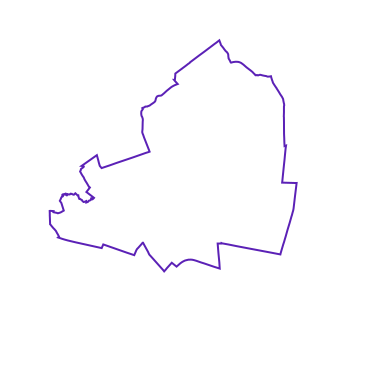 Brazi, Prahova, Romania, rotated 142°
{"feature_id": "2599482B36068226507854", "entity_name": "Brazi", "entity_type": "district", "adm_level": 2, "iso_a3": "ROU", "parent_name": "Romania", "parent_adm1": "Prahova", "projection": "equal_earth", "projection_center": [26.003, 44.867], "detail": "fine", "context": "isolated", "style": "outline", "palette": "violet", "viewbox_px": 384, "rotation_deg": 142, "n_neighbors": 0, "source": "geoboundaries", "source_scale": "gbopen_adm2", "svg_char_len": 5682}
<svg xmlns="http://www.w3.org/2000/svg" viewBox="0 0 384 384"><g transform="rotate(142 192 192)"><path d="M179.5,288.7L179.5,288.2L179.6,287.8L179.7,287.6L180.2,287.4L181.9,286.9L182.5,286.5L183.7,285.1L184.4,284.0L184.9,283.0L185.1,281.7L185.3,281.2L185.7,280.1L186.4,279.0L187.6,277.7L192.2,272.1L194.3,269.9L194.5,269.5L195.0,268.3L195.2,267.4L196.2,264.5L200.1,251.4L200.5,250.3L200.6,249.9L201.6,250.2L204.2,251.2L217.2,255.6L233.4,261.3L240.3,263.6L248.5,266.5L248.6,269.3L248.5,269.6L247.3,272.6L246.3,274.8L244.3,279.6L262.9,280.5L262.7,280.3L262.3,279.7L262.1,279.0L261.9,278.8L261.7,278.6L261.8,278.5L262.7,278.4L265.0,278.5L265.4,278.4L265.6,278.3L266.2,277.7L266.6,277.5L267.3,277.2L267.6,277.0L267.7,276.0L268.1,273.6L268.3,271.4L268.3,270.5L268.5,269.5L268.9,268.2L269.2,266.0L269.4,263.8L270.0,259.5L269.8,259.2L269.7,258.4L275.2,257.0L272.8,247.7L273.2,247.6L274.6,247.5L274.9,247.5L275.1,247.6L275.3,247.7L275.4,247.8L275.3,248.1L275.0,248.5L275.0,248.8L275.3,249.1L275.5,249.0L275.7,248.8L276.1,248.4L276.3,248.2L276.7,248.1L277.5,248.2L277.8,248.2L278.2,248.5L278.6,248.6L278.9,248.6L279.9,248.3L280.2,248.3L281.8,248.8L281.0,250.0L282.9,250.5L283.6,250.9L283.9,252.6L283.7,253.5L284.0,254.0L284.5,255.6L285.0,255.8L285.1,256.1L284.8,256.7L284.8,257.0L284.6,257.5L283.8,259.1L284.2,259.1L284.3,260.2L284.7,262.8L285.1,262.8L286.3,262.6L286.8,262.6L287.2,263.2L287.4,263.4L287.6,263.7L287.7,263.9L287.8,264.2L287.8,264.4L288.1,264.6L288.5,265.3L288.8,265.4L289.4,265.3L289.7,265.3L290.1,265.5L290.3,265.8L290.9,266.1L291.1,266.3L291.2,266.5L291.3,267.0L291.7,267.2L291.8,267.2L292.0,267.0L292.5,266.5L292.6,266.4L292.8,266.5L293.0,266.9L293.0,267.3L292.9,267.5L292.7,267.8L292.5,268.1L292.4,268.3L292.5,268.5L292.9,268.6L293.1,268.6L293.7,268.4L293.9,268.4L294.0,268.4L294.1,268.5L294.0,269.0L294.3,269.1L294.6,268.9L294.8,268.9L295.0,269.1L294.9,269.3L294.9,269.5L295.4,269.7L295.6,269.7L295.8,269.7L296.0,269.4L296.0,269.0L296.0,268.7L296.1,268.3L296.2,268.2L296.4,268.1L296.6,268.1L296.8,268.1L297.0,268.2L297.1,268.3L297.1,268.6L298.8,267.9L299.4,267.5L300.9,266.7L301.6,266.4L301.7,263.8L304.5,256.3L308.1,256.8L309.0,257.1L310.8,257.8L311.4,258.8L312.7,260.3L313.6,261.4L312.8,262.1L313.4,262.7L315.2,264.3L315.6,264.6L315.8,264.7L317.7,262.1L318.5,261.1L320.0,259.0L323.7,253.9L323.6,253.5L323.6,253.0L323.6,251.5L323.5,248.8L323.4,248.0L323.3,247.4L323.3,246.5L323.2,245.4L323.3,244.7L323.7,242.4L323.8,241.3L324.3,238.7L325.5,238.6L324.4,237.0L323.2,235.1L321.8,233.1L319.8,230.4L314.7,224.0L297.7,203.4L294.2,205.3L280.7,184.3L276.4,177.8L274.2,179.0L271.7,180.4L271.4,180.5L270.7,180.8L270.3,180.9L269.8,181.0L268.9,181.1L267.8,181.3L266.7,181.5L263.4,182.1L262.9,182.2L262.5,182.3L262.3,182.4L262.1,182.4L261.9,182.3L261.8,182.2L262.3,179.4L263.5,171.9L263.6,171.4L263.8,170.8L263.9,170.3L264.1,169.5L264.1,169.1L264.2,168.4L264.1,167.9L263.8,163.7L263.0,151.2L262.8,148.5L262.8,147.3L262.8,146.6L260.5,147.0L258.4,147.5L251.5,148.7L250.1,142.7L245.0,143.0L243.0,142.9L241.6,142.7L239.7,142.3L238.1,141.6L237.0,141.1L236.4,140.8L234.9,139.7L233.8,138.8L232.6,137.4L232.0,136.6L230.8,134.9L228.3,131.0L226.3,128.1L220.8,119.7L217.3,114.6L217.1,114.9L213.8,119.7L211.9,122.7L208.9,127.4L203.5,135.6L200.7,133.4L200.5,133.7L200.3,133.8L200.2,133.6L200.3,133.5L199.9,133.0L195.6,128.2L191.4,123.3L190.2,121.9L180.9,111.3L166.9,95.4L160.8,88.4L159.8,89.2L157.6,90.8L152.4,94.5L150.0,96.1L148.1,97.5L145.4,99.4L140.1,103.3L133.7,107.8L131.8,109.2L130.0,110.5L128.8,111.4L127.3,112.4L125.9,113.5L124.4,114.6L123.8,115.0L122.3,116.3L121.1,117.5L113.8,124.9L105.7,133.0L104.0,134.7L104.7,135.2L115.2,143.9L113.8,145.3L109.8,149.5L102.4,157.2L99.1,160.6L95.8,164.1L91.6,168.5L89.3,170.7L90.8,171.2L90.1,172.2L88.7,174.2L86.2,177.6L85.7,178.3L83.7,181.1L81.7,183.7L80.4,185.4L76.6,190.3L73.8,194.0L73.4,194.5L73.3,194.8L70.3,198.4L68.3,201.0L66.7,203.0L66.0,203.5L65.8,203.9L65.3,204.5L65.0,205.2L64.9,205.5L64.2,206.9L63.8,207.7L63.4,208.4L63.0,209.1L62.8,210.0L62.5,211.7L62.3,214.7L62.0,216.9L61.6,220.7L61.6,221.5L61.4,221.9L61.4,223.0L61.2,225.7L61.1,226.6L61.0,227.6L61.0,227.9L60.9,228.3L60.8,228.7L60.7,228.9L60.5,229.3L60.0,230.9L59.6,232.0L59.1,233.3L58.5,234.6L59.7,235.2L60.6,235.8L61.2,236.2L61.4,236.4L61.6,236.7L61.9,237.2L62.2,237.7L63.4,239.0L64.5,240.3L65.7,241.9L66.0,242.3L66.5,242.6L66.8,242.8L67.1,242.9L67.5,243.0L67.9,243.1L68.2,243.3L68.5,243.6L68.6,244.0L68.8,244.2L68.9,244.3L69.3,244.4L69.7,244.5L69.9,244.7L70.1,245.0L70.1,245.9L70.1,246.2L70.1,246.4L70.3,247.2L70.4,248.9L70.6,250.0L70.8,250.9L72.3,256.7L73.1,260.9L73.4,261.9L73.8,263.4L74.6,264.9L75.5,266.1L76.4,266.9L77.2,267.6L78.3,268.3L79.7,269.1L81.6,269.9L81.7,270.4L81.4,271.6L81.2,272.6L81.0,274.3L80.9,274.8L80.4,275.5L80.2,276.0L79.8,276.6L79.1,277.6L78.7,278.3L78.6,278.6L78.5,279.3L78.4,279.8L78.4,280.3L78.4,280.9L78.5,281.2L78.7,282.4L78.7,284.7L78.6,286.5L78.7,290.1L78.2,291.2L77.1,294.7L80.8,294.7L83.1,294.8L96.1,295.0L102.6,295.2L108.5,295.3L113.8,295.4L114.2,295.2L115.0,295.2L115.7,295.3L119.4,295.3L132.2,295.6L133.4,294.2L134.1,293.4L136.5,290.9L137.1,291.4L137.1,290.0L136.8,285.9L137.1,286.0L139.5,286.7L140.2,286.9L142.7,287.3L143.9,287.4L149.6,287.3L153.2,287.0L156.1,286.9L156.5,286.9L156.9,287.0L157.3,287.2L157.8,287.5L158.4,287.9L158.8,288.2L159.4,288.5L159.8,288.6L160.2,288.7L160.6,288.8L161.2,288.7L161.6,288.5L162.8,288.0L163.7,287.2L164.6,286.5L164.9,286.3L165.3,286.2L165.9,286.0L166.3,286.0L167.6,286.0L169.0,286.1L170.4,286.2L171.1,286.2L172.1,286.2L173.1,286.5L173.9,286.8L174.4,286.8L175.3,287.4L175.6,287.7L176.4,288.1L176.9,288.0L177.4,288.1L178.4,288.4L178.8,288.6L179.5,288.7Z" fill="none" stroke="#5b21b6" stroke-width="2"/></g></svg>